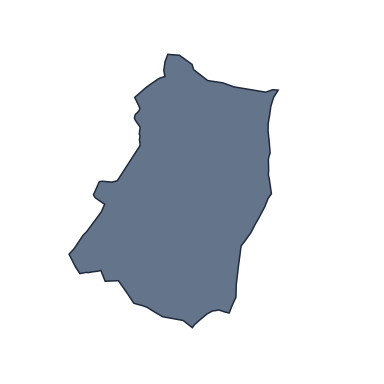 Dutsi, Katsina, Nigeria (Natural Earth projection), rotated 38°
{"feature_id": "59680162B60349541451220", "entity_name": "Dutsi", "entity_type": "district", "adm_level": 2, "iso_a3": "NGA", "parent_name": "Nigeria", "parent_adm1": "Katsina", "projection": "natural_earth1", "projection_center": [8.146, 12.921], "detail": "fine", "context": "isolated", "style": "filled", "palette": "slate", "viewbox_px": 384, "rotation_deg": 38, "n_neighbors": 0, "source": "geoboundaries", "source_scale": "gbopen_adm2", "svg_char_len": 1437}
<svg xmlns="http://www.w3.org/2000/svg" viewBox="0 0 384 384"><g transform="rotate(38 192 192)"><path d="M284.0,237.9L273.2,220.1L268.6,212.2L263.9,204.3L263.9,197.5L263.7,194.2L263.5,188.0L261.7,178.6L260.7,171.5L258.4,158.6L255.9,150.2L255.7,144.5L244.7,134.0L241.7,131.6L238.9,127.5L232.2,119.4L230.8,116.7L229.6,113.2L226.0,109.3L220.4,103.3L214.1,96.8L209.9,91.1L208.0,87.7L205.5,83.0L201.4,76.0L198.1,67.4L197.2,58.7L192.6,61.7L188.7,67.9L160.0,83.5L149.1,87.0L135.8,94.5L118.0,94.6L113.5,91.4L105.9,91.7L97.9,92.0L88.2,98.4L90.5,105.9L95.0,113.7L99.6,117.6L96.7,121.7L95.7,124.0L91.7,136.8L88.6,152.7L93.5,155.1L99.5,158.1L100.3,161.0L99.6,166.0L101.1,169.2L103.3,170.4L111.3,172.9L114.7,178.8L115.9,179.4L117.0,180.5L118.2,183.0L119.6,184.3L120.8,185.4L122.2,187.1L122.6,188.4L123.3,197.0L126.2,229.2L122.7,233.6L114.7,238.7L112.6,240.9L116.1,254.9L117.3,255.4L118.9,256.1L125.7,255.8L130.7,255.4L132.7,263.3L132.9,267.9L133.4,288.0L132.8,293.0L134.0,309.3L133.4,316.7L146.3,322.8L153.9,325.3L157.6,321.1L158.1,320.5L159.9,319.4L162.4,316.6L164.9,314.0L166.9,312.0L168.5,309.9L178.5,315.8L188.6,307.2L204.3,312.0L214.6,315.5L216.6,314.7L217.9,314.2L223.3,311.9L227.7,310.5L235.7,309.7L245.6,308.4L264.1,298.7L275.8,298.7L275.6,295.2L277.2,286.7L278.9,278.9L281.3,273.3L283.9,270.6L285.7,268.5L292.3,266.1L295.8,264.4L294.0,258.4L293.0,254.8L291.4,247.8L284.0,237.9Z" fill="#64748b" stroke="#1e293b" stroke-width="1.5"/></g></svg>